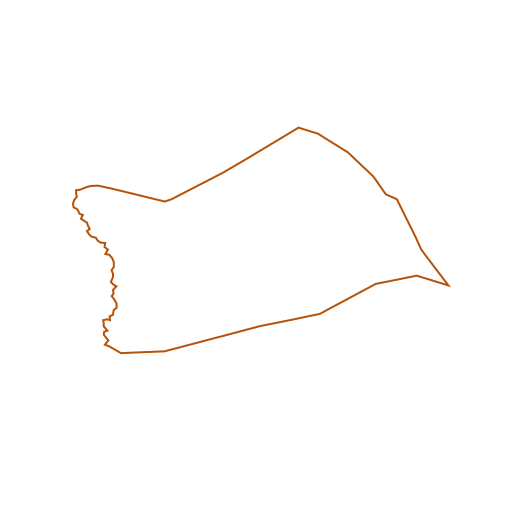 Ibititá, Bahia, Brazil, rotated 109°
{"feature_id": "56859067B56768977523626", "entity_name": "Ibititá", "entity_type": "district", "adm_level": 2, "iso_a3": "BRA", "parent_name": "Brazil", "parent_adm1": "Bahia", "projection": "albers", "projection_center": [-41.882, -11.57], "detail": "fine", "context": "isolated", "style": "outline", "palette": "amber", "viewbox_px": 512, "rotation_deg": 109, "n_neighbors": 0, "source": "geoboundaries", "source_scale": "gbopen_adm2", "svg_char_len": 1314}
<svg xmlns="http://www.w3.org/2000/svg" viewBox="0 0 512 512"><g transform="rotate(109 256 256)"><path d="M303.2,399.0L302.6,395.1L304.7,391.5L307.8,388.6L312.4,386.9L316.6,387.9L319.3,385.4L322.8,384.3L327.7,384.8L329.3,382.0L330.2,378.1L334.6,380.2L338.0,378.4L340.9,379.4L342.8,376.4L346.1,372.6L350.2,370.9L353.4,372.9L358.2,372.1L360.6,374.7L364.2,373.2L364.3,376.2L366.5,379.6L369.3,378.0L372.1,377.1L374.9,372.2L377.1,374.9L380.0,374.3L382.3,370.6L383.9,368.1L389.0,370.0L389.3,365.2L391.8,352.0L387.0,339.9L376.0,311.6L353.9,278.5L321.2,229.7L319.3,226.5L303.1,198.8L295.9,186.8L294.2,184.0L290.0,176.8L283.4,170.8L243.4,133.7L222.3,97.7L221.2,64.5L209.9,81.4L200.0,96.2L196.1,101.8L185.8,111.6L156.5,141.3L155.4,153.4L142.7,170.8L128.1,202.9L124.7,217.7L121.8,230.6L120.2,237.0L120.8,257.6L151.7,283.5L167.8,297.0L185.2,312.0L187.4,313.8L214.7,339.9L229.9,354.4L234.2,360.0L239.2,413.7L240.9,428.2L242.1,431.3L243.7,435.2L246.0,438.6L248.5,441.5L250.6,443.9L252.3,447.5L255.4,446.5L258.3,444.7L262.6,446.2L266.4,446.0L269.3,444.3L270.1,440.0L273.6,436.4L273.6,433.1L277.7,433.7L278.6,430.3L279.4,426.8L282.0,424.8L284.6,422.0L287.5,423.9L289.7,421.1L291.2,417.9L290.9,413.3L293.1,410.6L293.9,406.9L292.8,402.8L296.8,402.2L298.1,398.2L303.2,399.0Z" fill="none" stroke="#b45309" stroke-width="2"/></g></svg>